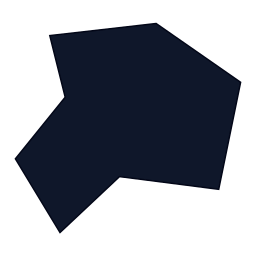 the district of Akhangaran city, Tashkent, Uzbekistan
{"feature_id": "79887680B16924900870232", "entity_name": "Akhangaran city", "entity_type": "district", "adm_level": 2, "iso_a3": "UZB", "parent_name": "Uzbekistan", "parent_adm1": "Tashkent", "projection": "albers", "projection_center": [69.611, 40.88], "detail": "fine", "context": "isolated", "style": "filled", "palette": "ink", "viewbox_px": 256, "rotation_deg": 0, "n_neighbors": 0, "source": "geoboundaries", "source_scale": "gbopen_adm2", "svg_char_len": 231}
<svg xmlns="http://www.w3.org/2000/svg" viewBox="0 0 256 256"><path d="M240.6,82.3L156.1,23.5L49.8,35.6L65.2,97.2L15.4,158.8L60.0,232.5L119.5,176.6L218.7,189.3L240.6,82.3Z" fill="#0f172a" stroke="#020617" stroke-width="1.5"/></svg>